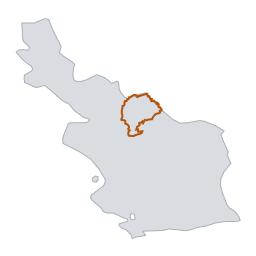 Ararat, Ararat, Armenia shown in context, rotated 179°
{"feature_id": "60910142B39713480261045", "entity_name": "Ararat", "entity_type": "district", "adm_level": 2, "iso_a3": "ARM", "parent_name": "Armenia", "parent_adm1": "Ararat", "projection": "albers", "projection_center": [44.799, 39.943], "detail": "fine", "context": "in_parent", "style": "outline", "palette": "amber", "viewbox_px": 256, "rotation_deg": 179, "n_neighbors": 0, "source": "geoboundaries", "source_scale": "gbopen_adm2", "svg_char_len": 5550}
<svg xmlns="http://www.w3.org/2000/svg" viewBox="0 0 256 256"><g transform="rotate(179 128 128)"><path d="M109.4,162.9L106.9,159.0L94.7,146.0L83.5,136.0L75.7,131.9L67.9,132.3L55.8,134.2L51.3,133.3L40.8,128.9L32.1,123.6L33.3,121.5L35.2,120.0L33.0,113.3L28.3,102.4L28.9,99.1L27.4,94.4L25.7,90.9L32.7,82.6L35.9,75.8L36.7,69.3L35.0,62.4L30.6,50.0L27.9,46.3L22.8,42.9L18.6,37.3L17.5,33.4L21.2,32.7L31.8,32.8L42.0,31.6L50.1,29.1L61.7,27.0L66.5,25.2L72.1,24.3L89.0,26.4L95.4,24.9L114.5,24.6L115.0,23.8L112.4,21.2L112.4,20.2L123.7,18.5L125.5,17.3L127.0,21.4L131.3,26.0L135.9,27.9L138.5,30.4L138.6,32.3L130.3,34.7L129.8,35.9L130.3,37.0L132.8,37.6L144.4,43.3L151.0,43.4L154.5,45.1L156.3,48.6L161.8,53.2L166.3,57.8L166.6,59.4L165.7,61.7L153.4,70.7L151.9,73.8L151.7,77.0L157.2,86.7L165.4,97.2L177.1,105.2L193.2,113.7L193.5,119.1L191.0,125.6L188.9,130.0L187.9,133.0L186.0,134.2L169.9,134.1L167.6,135.2L166.5,136.5L166.4,137.5L172.2,139.4L181.3,146.2L186.5,152.9L192.0,155.7L198.1,160.9L203.1,165.8L210.7,172.1L219.2,169.9L230.5,175.4L231.1,179.3L230.5,182.8L223.4,186.7L222.5,188.3L222.6,189.6L223.5,191.4L227.8,194.4L232.8,198.9L238.5,205.7L236.0,207.8L230.9,208.2L226.8,207.4L225.4,208.8L225.5,211.1L230.9,216.2L232.0,220.0L231.9,226.6L232.3,234.9L220.0,234.6L209.5,238.7L205.5,238.0L202.8,231.0L200.4,225.2L193.5,210.6L195.3,204.5L191.5,201.1L182.5,194.9L180.1,192.4L181.4,188.8L182.2,182.3L181.3,177.0L178.8,175.5L174.4,175.4L169.0,176.8L158.1,181.9L150.5,178.7L146.1,175.5L143.6,172.8L138.0,175.1L136.6,174.0L136.2,167.2L134.5,163.5L131.1,159.3L127.9,157.2L116.3,161.5L109.4,162.9ZM127.1,41.5L127.4,39.0L126.9,36.8L125.0,36.1L122.8,36.7L122.6,39.1L123.3,41.5L125.6,42.5L127.1,41.5ZM164.0,79.0L161.4,80.5L158.9,79.9L158.9,76.1L160.6,74.5L162.7,74.6L164.7,75.9L164.0,79.0Z" fill="#d9dde1" stroke="#a8b0b8" stroke-width="1"/><path d="M114.4,122.8L113.6,124.5L114.0,124.6L115.4,124.3L117.9,124.1L118.1,126.5L119.8,126.2L118.9,129.0L116.9,130.2L116.6,131.4L116.3,131.4L116.3,131.8L116.7,132.8L115.8,133.1L114.9,132.9L113.4,134.4L113.2,133.9L112.8,132.7L111.0,135.8L109.2,135.3L107.8,136.1L103.8,136.3L103.0,138.2L101.2,140.4L100.0,141.6L99.0,141.7L98.2,142.1L97.3,142.0L95.7,142.9L96.0,144.6L94.2,144.8L94.2,145.1L94.2,145.3L94.2,145.7L94.1,145.9L94.1,146.1L94.2,146.4L94.3,146.6L94.5,146.8L94.8,147.0L95.0,147.4L95.1,147.5L95.4,147.7L95.5,147.7L95.6,147.8L95.7,148.0L95.8,148.3L96.0,148.3L96.3,148.2L96.5,148.2L96.6,148.3L96.9,148.4L97.0,148.6L97.1,148.9L97.1,149.0L97.1,149.3L97.2,149.5L97.2,149.9L97.2,150.1L97.1,150.3L96.9,150.5L96.8,150.8L96.8,151.1L97.0,151.3L97.1,151.6L97.2,151.8L97.3,151.9L97.5,152.0L97.8,152.0L97.9,151.9L98.0,151.9L98.2,151.6L98.3,151.5L98.4,151.4L98.6,151.4L98.8,151.5L99.0,151.6L99.0,151.9L99.0,152.1L98.9,152.2L98.7,152.3L98.4,152.5L98.5,152.8L99.0,152.8L99.2,152.7L99.3,152.7L99.5,152.8L99.7,153.0L99.8,153.2L99.8,153.3L100.1,153.5L100.3,153.6L100.6,153.7L100.8,153.8L101.0,154.0L101.2,154.4L101.3,154.6L101.5,154.8L101.8,154.9L102.0,154.9L102.2,154.7L102.4,154.7L102.6,154.8L102.8,155.1L103.0,155.2L103.1,154.9L103.2,154.6L103.3,154.5L103.5,154.4L103.8,154.4L103.9,154.5L104.0,154.6L104.4,154.8L104.4,155.0L104.2,155.3L103.8,155.5L103.7,155.6L103.7,155.9L103.6,156.0L103.6,156.4L103.7,156.5L103.9,156.7L103.9,156.8L104.0,156.8L104.2,156.7L104.3,156.7L104.5,156.6L104.8,156.6L105.0,156.6L105.3,156.7L105.3,156.8L105.4,157.0L105.5,157.3L105.5,157.5L105.6,157.9L105.7,158.2L105.7,158.3L105.8,158.5L105.9,158.8L106.0,158.9L106.0,159.0L106.1,159.3L106.3,159.4L106.4,159.5L106.6,159.5L106.7,159.4L106.9,159.3L106.9,159.2L107.1,159.1L107.3,159.0L107.5,159.1L107.7,159.3L107.7,159.5L107.7,159.8L107.6,160.1L107.7,160.3L107.8,160.5L108.1,160.6L108.1,160.8L108.0,161.1L108.0,161.3L108.0,161.7L108.1,161.8L108.3,161.9L108.6,161.9L108.8,161.8L109.0,161.8L109.3,161.7L109.9,161.5L110.6,161.3L111.0,161.2L111.4,161.1L112.4,160.8L113.3,160.5L113.6,160.5L113.7,160.4L113.8,160.4L114.0,160.3L114.4,160.3L114.6,160.3L114.7,160.2L114.9,160.2L115.1,160.0L115.4,159.9L115.5,159.9L115.7,160.0L116.0,160.0L116.1,159.9L116.4,160.0L116.7,159.9L116.9,159.9L117.1,159.8L117.2,159.7L117.3,159.5L117.5,159.2L117.6,158.9L117.9,158.8L118.0,158.8L118.2,159.1L118.3,159.2L118.6,159.2L118.8,159.3L119.0,159.6L119.1,159.8L119.1,160.0L119.1,160.4L119.1,160.5L119.3,160.6L119.5,160.5L119.8,160.6L120.0,160.7L120.4,160.8L120.5,160.8L120.9,160.9L121.1,161.0L121.3,161.0L121.5,160.9L121.8,160.8L121.9,160.7L122.1,160.6L122.3,160.6L122.5,160.5L122.7,160.4L122.9,160.3L123.2,160.2L123.4,160.0L123.5,159.9L123.8,159.7L124.1,159.4L124.4,159.2L124.9,159.0L125.1,158.8L125.4,158.8L125.7,158.7L125.9,158.7L126.0,158.6L126.3,158.6L126.2,158.4L126.3,158.2L126.5,157.7L126.6,157.4L126.8,157.2L127.0,157.1L127.4,157.0L127.5,156.9L127.6,157.0L127.8,157.0L128.1,156.9L128.3,156.7L128.4,156.4L128.4,156.2L128.5,156.0L128.5,155.9L128.7,155.7L128.9,155.6L129.0,155.5L129.1,155.3L129.2,155.2L129.2,154.9L129.4,154.9L129.6,154.8L130.0,154.6L130.3,154.9L130.4,155.0L130.6,155.0L130.8,154.7L131.1,153.4L131.1,151.5L131.4,150.9L132.0,150.4L133.1,150.1L133.3,149.7L133.1,148.9L133.1,148.2L133.6,147.0L134.0,143.8L134.0,142.9L133.6,141.8L133.4,140.9L133.4,139.6L133.7,138.5L134.4,137.3L134.5,136.2L134.4,136.1L134.2,136.0L133.0,136.1L131.5,135.6L130.8,135.4L130.6,135.0L130.6,133.2L130.6,132.4L129.1,131.8L128.2,131.2L127.1,129.7L127.0,128.8L127.1,128.3L127.8,127.2L127.8,126.7L127.4,126.3L126.4,125.6L127.4,124.5L127.7,123.6L127.9,122.8L127.7,121.4L127.4,120.4L124.5,119.9L122.1,119.9L121.0,120.7L116.4,121.9L115.8,122.1L114.4,122.8Z" fill="none" stroke="#b45309" stroke-width="2"/></g></svg>